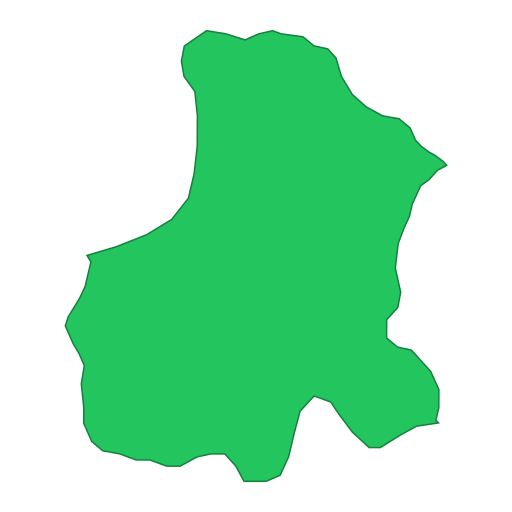 outline of Jonchon, Chagang-do, North Korea
{"feature_id": "82179303B33919717050875", "entity_name": "Jonchon", "entity_type": "district", "adm_level": 2, "iso_a3": "PRK", "parent_name": "North Korea", "parent_adm1": "Chagang-do", "projection": "albers", "projection_center": [126.339, 40.546], "detail": "fine", "context": "isolated", "style": "filled", "palette": "green", "viewbox_px": 512, "rotation_deg": 0, "n_neighbors": 0, "source": "geoboundaries", "source_scale": "gbopen_adm2", "svg_char_len": 1217}
<svg xmlns="http://www.w3.org/2000/svg" viewBox="0 0 512 512"><path d="M327.8,48.9L314.0,45.9L303.0,36.8L281.0,33.8L272.7,30.7L258.9,33.8L245.1,39.9L225.8,33.8L206.5,30.7L184.3,46.0L181.4,61.2L184.0,76.4L194.9,91.6L197.4,116.0L197.2,146.4L194.1,173.8L188.4,198.2L171.6,219.5L146.6,234.7L116.0,246.8L87.0,255.4L90.9,262.0L85.1,286.4L79.5,298.5L68.2,316.8L67.5,319.1L65.3,325.9L73.4,344.2L78.9,353.3L84.3,365.5L81.3,383.8L83.8,408.1L83.7,423.3L91.8,441.6L102.8,450.8L119.4,453.8L136.0,459.9L149.9,460.0L166.5,466.1L180.3,466.1L197.1,456.9L211.0,453.9L224.8,453.9L235.8,466.1L244.0,481.3L255.1,481.3L266.2,481.3L280.2,475.2L288.6,456.9L294.4,432.5L300.1,411.2L314.1,396.0L330.7,402.0L338.9,414.2L352.6,432.4L369.2,447.6L380.3,447.6L399.8,435.4L416.5,426.2L438.5,422.9L435.9,420.1L438.8,407.9L438.9,389.6L430.7,371.4L411.4,350.1L397.6,347.1L386.6,338.0L386.7,319.7L397.8,307.5L400.7,292.3L398.0,280.1L395.3,268.0L398.2,243.6L403.9,228.4L409.5,216.2L412.3,204.0L420.7,185.7L429.1,179.6L437.4,170.4L446.7,165.3L443.0,161.3L434.8,155.2L429.2,152.2L421.0,146.1L415.5,140.1L410.1,127.9L399.1,118.8L382.5,115.8L366.0,106.7L352.3,94.5L341.4,76.3L336.0,58.0L327.8,48.9Z" fill="#22c55e" stroke="#15803d" stroke-width="1.5"/></svg>